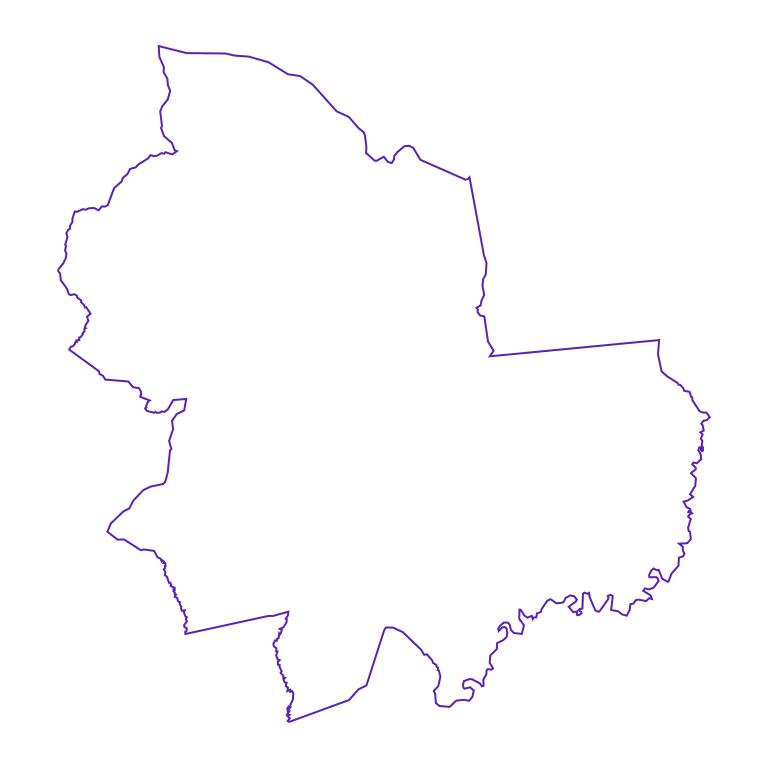 the district of Lufwanyama, Copperbelt, Zambia
{"feature_id": "96606910B27641216908272", "entity_name": "Lufwanyama", "entity_type": "district", "adm_level": 2, "iso_a3": "ZMB", "parent_name": "Zambia", "parent_adm1": "Copperbelt", "projection": "robinson", "projection_center": [27.285, -12.951], "detail": "fine", "context": "isolated", "style": "outline", "palette": "violet", "viewbox_px": 768, "rotation_deg": 0, "n_neighbors": 0, "source": "geoboundaries", "source_scale": "gbopen_adm2", "svg_char_len": 6053}
<svg xmlns="http://www.w3.org/2000/svg" viewBox="0 0 768 768"><path d="M288.1,74.3L268.4,62.2L248.7,56.6L234.7,55.6L225.5,53.5L186.6,53.1L158.7,46.1L159.4,56.9L163.9,67.2L163.6,72.3L167.4,78.7L167.9,85.2L170.2,90.9L167.8,99.4L162.2,106.4L160.2,111.5L162.0,126.1L161.0,127.9L164.1,136.2L171.8,142.8L174.7,150.2L176.9,151.1L172.3,154.4L165.4,152.2L164.2,153.7L161.5,153.1L157.1,155.7L153.9,156.2L150.5,155.1L148.1,158.4L137.9,164.8L135.9,167.3L130.1,168.9L127.4,174.1L122.6,178.2L121.7,181.4L114.1,188.1L107.7,205.3L104.7,206.6L101.9,206.4L98.6,210.3L94.1,208.0L88.8,208.3L85.8,209.7L82.8,209.2L77.0,211.8L74.8,211.5L72.4,218.7L72.5,221.7L70.0,226.0L69.9,228.9L68.3,229.7L66.3,233.4L67.5,236.9L65.2,244.7L66.0,245.7L65.1,250.5L66.4,253.6L65.9,257.9L63.3,263.3L58.4,269.4L58.3,271.3L60.1,273.5L60.8,280.1L66.9,288.7L68.8,294.0L70.5,295.1L74.4,294.2L77.1,296.0L77.1,297.4L81.0,300.3L81.1,302.0L84.3,305.4L84.8,307.5L86.3,307.3L90.5,313.7L87.0,316.8L88.4,320.9L85.7,324.7L84.9,327.6L85.7,328.2L84.4,328.8L84.5,331.2L82.6,333.3L82.9,334.1L80.5,337.3L79.1,337.5L79.2,340.2L76.4,340.4L76.9,341.9L75.1,342.3L74.9,344.0L72.9,346.3L70.8,346.7L69.2,349.6L99.0,371.3L99.5,374.0L103.0,375.8L105.3,379.6L128.3,381.5L133.2,387.3L139.0,388.1L140.9,391.5L141.2,394.2L140.2,396.8L149.7,400.5L147.9,401.8L146.0,406.2L146.5,407.4L145.1,408.3L146.9,410.9L154.1,412.8L155.3,411.8L156.8,412.8L160.4,412.5L161.4,411.4L164.2,411.9L167.7,409.6L173.3,400.0L186.2,399.0L184.2,410.4L176.9,413.9L172.0,420.8L173.1,429.1L169.1,441.0L171.4,449.1L170.0,450.4L167.7,472.7L165.2,481.9L162.9,484.1L150.9,486.5L143.3,490.1L133.5,500.4L129.3,508.4L123.3,511.5L110.9,523.4L107.4,531.7L117.6,539.7L124.0,539.4L140.7,550.1L144.1,549.5L154.1,550.9L157.6,557.4L160.5,558.6L161.6,561.3L162.2,560.3L163.9,561.6L163.4,563.0L165.2,563.0L165.7,565.8L164.8,566.2L164.9,568.2L163.8,569.3L165.5,572.2L164.8,574.9L167.0,576.9L169.0,582.8L170.2,582.7L171.2,584.7L170.6,586.0L174.7,587.8L174.7,589.3L173.6,589.4L174.5,590.7L173.5,591.3L174.9,592.9L174.8,594.6L176.0,594.7L174.8,597.0L177.2,597.8L178.0,601.3L179.9,602.2L179.7,604.1L181.4,606.8L180.9,608.2L182.0,610.8L184.8,610.3L183.9,612.4L185.5,616.5L186.8,617.2L185.8,619.2L187.0,621.4L184.3,624.7L184.2,626.7L186.8,628.3L186.4,631.1L185.2,631.9L185.4,634.0L268.5,615.9L272.8,616.0L288.4,611.7L287.9,615.5L285.7,618.7L286.8,619.3L286.5,622.5L283.3,627.4L279.8,628.9L281.8,629.9L281.0,632.9L279.9,634.3L279.2,633.4L278.6,638.2L276.9,638.9L276.7,640.8L275.0,640.5L273.3,644.1L273.8,646.2L276.3,648.3L276.2,651.3L277.5,651.5L276.1,655.5L277.7,659.4L279.6,660.1L277.9,661.7L277.9,664.6L279.7,665.1L279.5,666.9L281.6,671.3L280.6,672.9L283.3,675.7L283.2,677.6L284.9,678.0L283.5,679.2L284.6,682.3L286.6,682.7L285.7,686.1L288.0,687.5L287.4,691.1L290.1,689.8L290.3,691.9L292.0,691.0L293.3,693.1L292.9,699.5L290.3,705.2L290.5,707.1L289.6,708.3L289.6,706.9L288.7,706.5L287.3,708.4L287.9,711.4L289.2,711.4L287.0,714.5L289.3,715.0L287.6,716.1L289.8,718.5L287.7,721.0L289.2,721.9L349.1,700.0L358.5,689.3L366.4,685.5L384.0,630.8L385.8,627.5L393.1,627.6L402.9,632.2L421.2,649.8L424.1,654.8L427.0,654.3L432.4,660.7L433.0,662.9L436.2,664.8L436.6,666.7L438.1,667.7L437.7,670.1L438.8,670.4L440.4,676.6L438.2,686.3L433.8,690.9L435.2,694.1L435.9,703.1L439.5,706.0L449.6,706.9L456.3,700.6L464.5,699.8L469.1,700.8L472.5,696.7L473.7,690.5L470.1,687.3L464.5,688.7L463.6,687.9L462.8,685.4L463.9,681.1L469.4,679.1L471.9,679.2L479.7,683.3L482.0,686.3L483.6,685.7L483.3,679.6L486.3,674.5L486.6,670.2L488.0,669.2L491.6,669.6L493.1,668.3L489.7,662.9L490.3,655.4L496.8,649.1L497.1,643.2L503.1,640.2L506.6,637.0L507.3,633.1L506.5,628.5L504.8,627.0L502.3,627.3L498.8,631.0L498.2,628.6L500.1,625.7L503.9,622.5L508.1,622.7L509.7,624.9L510.9,629.7L513.8,633.0L521.8,633.9L524.0,625.3L519.2,618.8L519.5,609.6L520.7,609.9L524.8,615.9L527.5,617.6L531.8,615.9L532.8,619.0L533.5,617.6L536.3,617.4L536.9,613.4L540.7,612.0L541.8,608.8L547.3,600.7L550.5,599.2L556.4,603.3L562.2,602.7L563.9,601.6L565.6,597.9L570.4,595.4L574.2,596.3L576.8,599.6L576.0,601.4L568.7,606.8L573.3,612.2L577.1,611.4L576.8,614.7L578.6,615.3L581.5,613.4L581.4,612.2L578.7,610.1L579.6,609.0L582.4,608.6L583.0,593.6L584.6,592.7L587.4,593.8L589.1,592.9L589.7,597.3L595.4,610.5L598.5,611.8L599.6,611.2L608.0,599.4L608.5,597.9L607.7,596.1L610.4,594.8L612.4,595.8L612.7,597.4L611.1,610.0L618.4,611.4L621.9,614.3L626.7,615.7L629.6,610.2L630.4,604.1L633.5,603.6L635.7,600.2L638.5,599.6L646.0,601.1L649.2,598.3L652.0,599.0L650.4,595.2L643.3,590.9L645.0,588.4L649.1,589.4L653.6,587.7L658.5,581.2L657.8,578.4L656.3,577.1L649.4,577.3L649.1,575.1L651.3,570.6L653.5,568.5L656.7,570.2L658.7,569.9L662.2,578.7L667.6,581.8L668.7,581.2L671.4,573.8L678.5,565.6L678.9,557.7L683.1,556.3L684.4,553.8L682.7,549.8L682.9,546.9L679.2,543.7L687.2,543.2L690.8,539.3L690.1,531.9L688.8,531.2L688.1,527.8L690.8,519.0L688.1,516.7L689.7,514.3L692.1,513.4L690.8,511.8L688.4,512.1L688.7,511.1L690.5,510.8L690.3,509.0L686.5,507.1L683.6,501.6L687.5,500.6L693.2,496.9L690.0,494.3L695.3,485.8L695.9,478.2L690.9,473.1L695.8,469.2L695.7,467.8L692.2,464.2L693.4,462.6L696.9,463.3L701.2,459.2L700.7,454.3L698.3,450.2L699.2,447.5L700.3,447.2L701.1,447.5L700.9,449.9L702.0,451.2L702.9,450.7L703.0,447.7L701.6,444.9L702.4,441.0L700.8,438.7L702.6,434.5L700.4,432.3L703.7,430.5L702.7,425.3L701.3,423.7L703.4,420.8L706.6,420.2L709.7,417.2L706.4,412.6L702.7,412.6L699.5,411.1L692.4,400.2L692.1,397.2L691.1,396.8L689.5,391.8L684.1,390.8L683.3,388.3L680.2,384.8L678.6,384.8L677.4,382.8L667.2,376.4L661.6,371.4L658.0,354.4L659.1,340.1L489.9,356.3L493.6,350.7L488.0,341.6L484.3,316.4L480.1,315.5L477.5,312.0L477.9,309.6L476.5,307.9L480.6,305.4L481.6,300.2L484.2,295.0L482.5,285.7L483.1,279.3L485.8,274.4L486.5,263.1L483.9,255.1L469.5,177.3L468.0,179.0L465.5,179.7L420.4,159.8L413.3,148.0L409.3,145.9L404.5,146.1L397.2,152.3L394.3,156.0L393.9,159.6L391.7,163.1L388.0,161.9L383.7,156.8L376.6,160.8L374.6,160.6L366.0,152.9L366.4,147.1L365.0,135.8L363.7,132.2L358.6,128.2L348.9,117.0L336.6,111.3L312.8,84.7L300.0,76.0L288.1,74.3Z" fill="none" stroke="#5b21b6" stroke-width="2"/></svg>